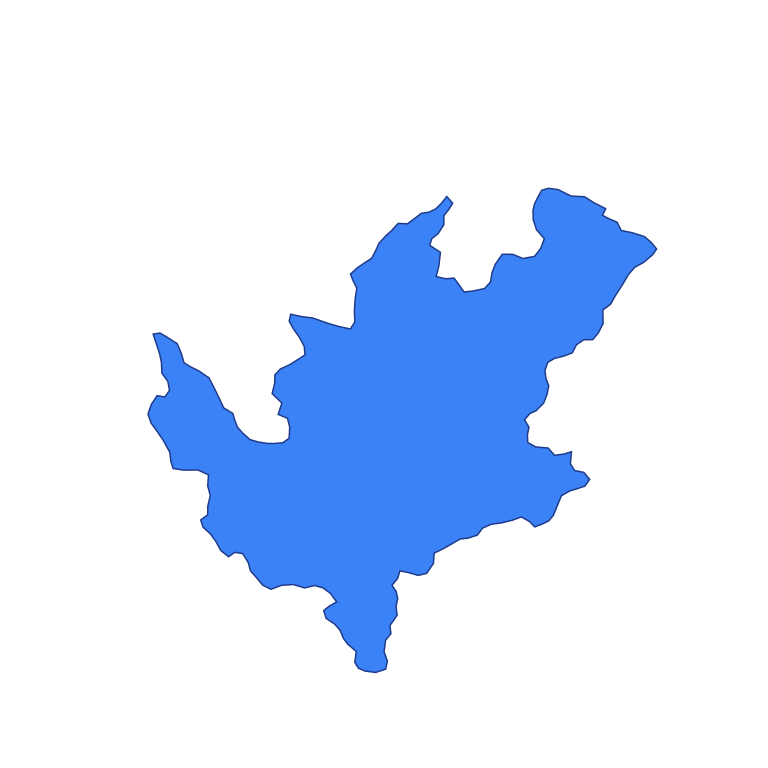 the district of Rio Novo, Minas Gerais, Brazil, rotated 119°
{"feature_id": "56859067B13778291435319", "entity_name": "Rio Novo", "entity_type": "district", "adm_level": 2, "iso_a3": "BRA", "parent_name": "Brazil", "parent_adm1": "Minas Gerais", "projection": "albers", "projection_center": [-43.147, -21.481], "detail": "fine", "context": "isolated", "style": "filled", "palette": "blue", "viewbox_px": 768, "rotation_deg": 119, "n_neighbors": 0, "source": "geoboundaries", "source_scale": "gbopen_adm2", "svg_char_len": 3063}
<svg xmlns="http://www.w3.org/2000/svg" viewBox="0 0 768 768"><g transform="rotate(119 384 384)"><path d="M599.0,256.9L592.4,261.7L579.9,260.4L572.9,265.5L565.1,268.0L559.5,272.8L556.2,279.5L547.5,277.8L539.7,279.5L537.1,271.2L534.8,261.3L529.0,254.9L516.9,253.8L507.6,258.1L499.6,252.5L490.1,246.7L482.6,242.2L478.2,235.9L470.9,229.1L462.4,228.0L454.7,222.2L448.1,213.4L440.7,205.5L433.7,199.5L433.7,190.1L435.9,182.9L429.5,177.5L423.7,173.5L416.8,172.2L407.4,173.3L395.8,174.7L387.6,169.8L381.8,164.2L375.9,158.8L367.7,157.9L364.4,166.4L367.3,175.3L363.3,182.4L352.3,187.2L358.1,192.7L363.7,200.3L360.4,209.4L365.5,220.8L365.5,229.9L359.0,233.9L351.5,236.3L347.2,243.7L339.4,242.2L333.4,237.9L323.2,235.1L313.9,236.4L305.6,239.1L300.7,245.0L294.1,249.8L285.6,251.3L279.0,247.3L272.0,239.9L265.4,234.4L256.5,234.7L248.5,230.8L244.0,223.0L235.8,221.3L224.9,221.7L213.2,228.5L204.3,224.5L194.9,224.5L182.2,223.6L170.0,223.3L160.4,221.3L151.6,215.8L141.0,211.8L133.8,211.0L130.7,218.6L128.8,227.7L131.4,240.4L134.7,250.9L129.5,258.6L130.3,266.5L130.6,274.7L123.2,275.1L123.7,287.8L123.0,299.3L128.9,311.5L129.6,326.1L133.2,335.2L138.1,340.0L146.1,340.0L153.4,339.7L160.2,337.7L167.9,333.2L175.2,325.3L179.2,314.2L189.3,312.7L199.4,314.2L206.9,323.3L208.1,334.0L213.2,343.5L225.3,344.7L234.2,343.5L243.3,340.3L251.8,342.4L259.6,351.3L264.7,358.6L260.7,366.8L257.4,374.0L262.2,381.4L264.7,390.5L254.0,393.3L241.5,398.5L240.5,411.2L233.8,412.7L226.5,409.6L215.7,408.9L207.7,413.2L199.5,411.9L192.6,411.6L189.6,420.0L198.8,421.5L206.1,423.8L212.0,428.1L216.6,434.1L224.2,437.4L232.6,441.2L236.7,449.5L246.4,451.8L253.7,454.3L263.2,456.6L273.1,455.8L280.1,455.8L287.6,459.8L295.6,463.8L304.1,466.6L308.8,460.9L313.2,454.3L323.3,450.6L334.7,445.2L343.8,439.6L352.2,440.1L355.5,451.0L357.8,460.9L359.3,469.2L360.8,478.3L365.1,489.0L368.2,499.4L375.0,497.4L379.5,490.3L384.4,480.3L389.8,472.0L396.8,467.2L403.9,470.9L412.6,475.7L421.1,481.9L428.9,483.9L436.5,479.9L446.6,477.2L450.2,464.1L461.9,461.8L460.8,451.8L467.5,445.5L477.4,440.7L484.4,444.0L489.2,451.1L492.6,457.4L495.8,466.2L497.6,474.3L495.5,483.4L492.9,491.1L488.4,496.5L483.0,502.1L482.6,512.7L477.0,520.3L471.2,528.6L463.5,540.0L462.3,552.3L462.8,561.6L462.3,569.3L455.6,576.0L449.0,584.4L448.3,595.2L448.0,604.6L452.3,610.1L460.2,601.5L466.6,594.7L472.9,589.2L482.1,583.6L486.6,574.2L493.6,568.5L501.6,569.4L504.2,576.8L514.5,577.6L524.8,575.8L531.1,568.7L535.2,559.9L540.3,549.7L547.6,538.2L555.0,532.9L560.1,527.5L556.5,517.5L549.5,505.3L548.5,493.5L558.7,488.7L565.7,481.9L576.5,478.8L583.8,474.8L591.8,478.4L597.0,472.8L599.3,463.0L603.3,454.6L608.8,446.0L610.4,436.2L603.6,432.9L600.8,425.5L605.9,416.3L612.2,410.1L615.1,401.8L618.7,392.7L618.4,383.4L609.7,376.0L603.4,366.2L600.8,354.6L593.8,346.8L591.9,338.7L593.1,329.3L597.5,319.8L605.1,324.3L611.4,326.9L617.0,321.0L618.0,310.4L620.8,302.8L626.2,296.1L629.2,289.4L631.4,278.6L641.6,274.6L645.0,268.5L644.2,261.2L640.3,251.4L632.6,244.3L624.7,246.7L618.2,254.1L607.4,258.4L599.0,256.9Z" fill="#3b82f6" stroke="#1e3a8a" stroke-width="1.5"/></g></svg>